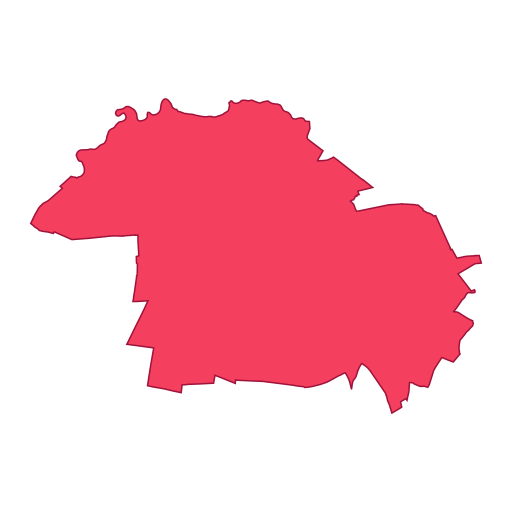 Brates, Covasna, Romania
{"feature_id": "2599482B24019470005720", "entity_name": "Brates", "entity_type": "district", "adm_level": 2, "iso_a3": "ROU", "parent_name": "Romania", "parent_adm1": "Covasna", "projection": "equal_earth", "projection_center": [26.08, 45.839], "detail": "fine", "context": "isolated", "style": "filled", "palette": "rose", "viewbox_px": 512, "rotation_deg": 0, "n_neighbors": 0, "source": "geoboundaries", "source_scale": "gbopen_adm2", "svg_char_len": 6042}
<svg xmlns="http://www.w3.org/2000/svg" viewBox="0 0 512 512"><path d="M126.8,344.3L153.7,347.9L150.5,366.5L147.5,385.7L153.9,387.1L160.1,388.1L165.3,389.1L172.7,390.9L181.2,392.7L182.1,384.9L186.8,384.6L187.2,384.4L200.2,383.9L213.6,383.2L214.9,375.7L214.9,375.3L220.9,377.6L235.3,383.4L235.5,380.0L235.8,380.1L242.5,380.5L262.8,381.4L290.5,384.9L294.7,385.5L295.2,385.7L302.2,386.6L303.5,386.6L304.0,387.0L305.0,387.5L308.7,387.1L312.6,386.4L320.2,384.5L326.6,382.3L329.6,380.8L339.4,375.4L339.8,375.4L344.0,373.2L345.2,372.8L345.7,373.5L347.3,376.2L348.8,379.4L349.8,382.3L351.5,389.4L352.0,386.0L352.2,384.3L352.9,381.4L353.4,380.3L355.0,378.3L355.9,376.7L356.3,375.8L357.6,371.4L358.7,368.8L359.4,367.2L360.1,366.0L361.1,364.4L361.8,363.5L365.4,365.9L367.5,367.7L370.0,370.6L373.9,376.3L375.2,378.1L383.5,390.3L385.3,392.9L386.4,396.0L387.2,398.7L387.4,400.0L388.1,401.9L389.3,404.6L391.9,413.1L401.7,407.2L400.6,401.9L401.0,401.5L403.4,400.1L406.0,398.7L407.0,400.3L407.7,396.9L408.9,391.6L409.5,382.6L410.9,382.6L413.0,383.0L414.3,384.0L418.5,385.8L420.5,386.5L421.6,386.3L422.7,386.4L424.1,386.2L427.8,387.3L429.2,384.9L433.8,370.2L437.1,364.7L441.9,357.5L448.2,360.1L453.3,362.0L460.1,353.9L459.5,353.1L459.4,352.8L459.5,351.8L459.0,349.1L459.2,344.4L459.6,342.7L459.8,340.6L465.2,333.9L465.3,333.6L466.5,332.0L468.5,330.3L471.2,327.2L472.4,326.1L472.8,325.5L472.9,324.6L473.3,323.5L473.2,322.9L473.0,322.4L472.4,321.9L472.7,320.8L469.9,319.6L467.2,318.1L461.9,314.8L458.4,312.5L456.8,312.0L455.3,311.8L454.2,311.9L453.6,311.4L454.9,310.1L456.6,307.9L460.9,301.7L461.6,300.6L461.7,300.3L464.5,297.7L465.9,295.0L467.1,293.4L468.0,292.7L468.7,292.6L469.5,292.7L470.8,292.7L471.6,292.9L473.0,292.8L474.0,292.7L475.0,292.2L475.0,291.5L474.9,290.4L474.5,289.8L471.2,291.0L458.0,273.8L474.2,264.2L475.3,263.7L475.9,263.6L481.3,263.1L479.2,255.5L475.6,255.6L475.1,255.5L475.0,255.8L468.5,256.1L465.6,256.4L456.9,258.2L452.0,249.3L450.8,249.8L450.0,248.1L450.3,248.0L449.2,245.5L442.2,230.1L438.7,222.4L436.1,216.6L435.7,215.6L433.8,216.1L432.4,214.9L429.5,213.3L426.6,212.6L426.3,212.1L423.1,210.5L422.9,209.0L422.7,208.7L420.7,207.3L418.4,205.3L417.8,205.0L416.6,205.1L414.6,204.6L403.0,204.0L402.0,203.8L399.6,204.1L388.8,204.8L360.5,210.6L358.0,211.1L356.6,211.2L355.3,208.8L354.5,206.4L353.6,204.2L351.7,202.2L350.4,201.2L351.0,200.5L353.7,199.7L355.2,196.8L356.4,196.1L356.9,196.0L356.6,195.2L359.1,194.6L357.9,191.1L372.7,187.5L362.6,179.4L362.2,179.5L337.3,159.9L333.5,157.1L332.0,158.0L327.6,160.0L325.8,160.3L322.3,160.6L317.6,160.8L317.8,159.9L323.0,150.8L308.7,139.9L308.1,139.4L307.4,138.5L307.3,137.9L307.1,137.1L307.2,136.5L307.3,135.8L310.0,128.3L309.9,128.2L309.4,121.5L305.8,121.2L305.4,121.1L305.1,120.8L303.5,118.5L302.0,118.0L301.0,117.9L297.9,118.4L297.0,118.6L296.3,119.0L295.7,119.1L293.2,118.7L292.5,118.3L291.9,117.7L291.4,116.8L290.6,114.9L288.4,112.6L287.0,112.0L284.4,111.2L283.1,110.0L280.7,105.7L280.2,105.2L278.8,104.5L276.9,104.0L275.2,104.0L272.5,103.5L270.8,102.9L269.9,102.4L268.5,101.2L268.1,101.1L267.3,101.0L264.7,101.5L262.0,102.3L260.8,102.8L259.8,103.0L258.6,102.8L255.1,101.5L252.1,100.2L251.1,100.2L249.0,100.8L246.8,100.6L246.0,100.4L243.4,100.2L241.9,100.4L240.8,101.1L239.9,102.1L238.7,102.8L236.4,103.3L235.0,103.3L233.5,102.7L231.7,100.9L230.8,101.0L230.5,101.2L230.6,101.6L229.3,102.4L228.9,102.7L229.6,105.7L229.2,106.7L228.9,108.8L228.2,110.8L226.8,111.8L225.7,112.4L224.1,113.3L223.3,114.1L222.3,114.6L220.7,115.3L218.8,115.8L216.6,116.6L215.2,117.0L214.6,117.1L212.9,116.9L211.7,116.5L211.1,116.5L208.6,116.4L206.5,116.8L204.8,116.8L201.0,116.3L195.5,115.2L193.4,114.5L189.3,114.0L188.7,114.2L186.3,113.5L185.7,113.6L184.7,113.5L181.0,112.1L179.7,111.7L178.2,111.5L176.6,109.4L175.4,109.4L173.5,108.3L172.3,107.1L170.9,103.5L168.2,100.2L167.4,99.6L166.7,99.2L165.4,98.9L164.4,99.1L163.8,99.5L163.0,100.2L162.2,101.5L161.6,102.7L161.1,104.7L160.8,106.4L160.6,108.7L160.4,109.8L159.9,110.9L159.0,112.3L157.9,113.3L156.7,114.1L155.7,114.5L154.7,114.8L153.5,114.9L152.6,114.8L151.8,114.6L151.0,114.0L150.3,113.2L149.0,112.4L148.1,112.3L147.7,112.6L147.4,113.3L147.2,114.9L147.3,116.0L147.2,116.9L146.8,117.9L146.4,118.4L144.9,119.6L142.7,120.5L140.7,120.9L139.5,120.9L138.6,120.6L137.9,119.9L137.2,118.7L136.7,114.5L136.3,113.2L135.8,112.3L135.3,111.3L134.7,110.4L134.1,109.8L132.8,108.8L129.7,107.0L128.7,106.6L127.4,106.5L126.4,106.6L125.5,107.0L123.3,108.6L121.6,109.2L117.5,109.8L117.0,110.2L116.0,111.5L115.7,112.3L115.6,113.0L115.7,113.8L116.1,114.8L116.4,115.3L117.0,115.7L117.7,116.0L118.7,115.9L119.5,115.7L121.1,114.4L122.2,113.6L123.1,113.2L123.7,113.1L124.4,113.4L126.0,116.1L126.0,117.1L125.7,118.8L125.5,119.2L124.7,120.1L122.7,121.2L121.9,121.5L119.3,122.0L118.6,122.4L116.8,124.1L115.8,125.2L114.7,127.0L114.2,127.5L112.5,128.5L111.5,128.9L110.1,129.8L109.3,130.6L108.9,131.1L108.4,131.9L107.9,133.9L107.1,135.8L106.8,137.1L106.7,138.4L106.3,139.8L105.8,140.8L104.7,142.9L103.8,143.6L100.9,144.9L99.7,145.6L97.3,148.0L95.8,148.9L94.8,149.3L94.1,149.4L91.5,149.1L90.3,149.1L87.2,149.8L85.9,149.8L82.7,149.9L80.9,150.0L79.4,150.5L78.8,150.9L78.0,151.6L77.2,152.7L76.4,154.5L76.3,155.1L76.6,156.1L77.0,157.0L77.2,157.9L77.7,159.0L78.3,160.0L78.9,160.8L79.5,161.1L80.1,161.3L81.0,161.3L81.5,161.4L82.2,162.6L83.9,166.6L84.4,169.1L84.2,172.5L83.3,173.9L82.2,175.2L80.8,176.3L79.7,176.7L77.9,177.2L76.9,178.0L75.5,177.2L73.7,177.1L71.1,176.4L60.1,186.4L61.7,187.6L62.3,188.3L48.6,200.3L47.8,200.9L43.0,203.5L39.5,207.0L38.2,208.9L34.6,215.3L30.7,223.5L32.6,225.0L35.0,227.2L37.6,228.7L39.2,230.4L39.8,230.6L42.6,231.3L48.3,232.1L53.3,233.5L54.4,231.9L71.9,239.6L89.1,238.3L111.3,236.0L116.2,235.9L117.9,236.0L123.5,236.1L123.6,235.9L135.2,235.0L135.2,235.3L137.9,235.1L138.0,241.7L138.8,255.9L136.3,256.5L136.4,261.1L136.5,263.1L137.4,264.0L137.3,270.6L137.1,275.5L136.6,275.7L136.4,278.3L134.2,293.7L134.0,294.2L133.4,299.1L132.9,301.5L136.7,301.5L147.9,300.8L145.2,306.8L143.8,309.8L133.1,331.5L127.8,342.4L126.8,344.3Z" fill="#f43f5e" stroke="#9f1239" stroke-width="1.5"/></svg>